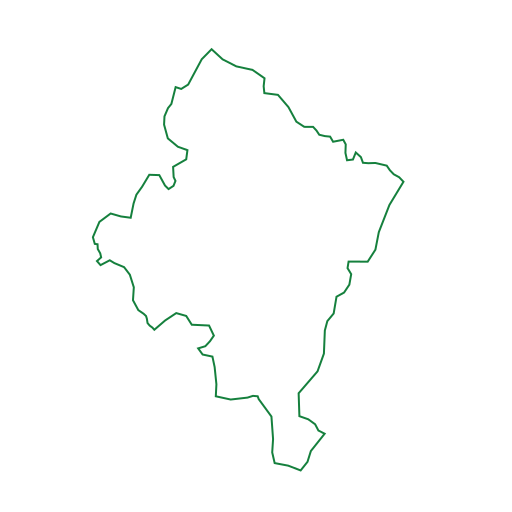 map outline of Stara Zagora (Mercator projection), rotated 38°
{"feature_id": "BGR-2233", "entity_name": "Stara Zagora", "entity_type": "Province", "adm_level": 1, "iso_a3": "BGR", "parent_name": "Bulgaria", "parent_adm1": "", "projection": "mercator", "projection_center": [25.503, 42.404], "detail": "fine", "context": "isolated", "style": "outline", "palette": "green", "viewbox_px": 512, "rotation_deg": 38, "n_neighbors": 0, "source": "natural_earth", "source_scale": "10m", "svg_char_len": 1717}
<svg xmlns="http://www.w3.org/2000/svg" viewBox="0 0 512 512"><g transform="rotate(38 256 256)"><path d="M127.2,218.0L114.1,217.6L102.7,209.1L97.9,202.3L95.6,193.6L95.7,188.3L88.7,172.4L94.2,170.4L97.0,162.7L92.1,134.3L93.7,120.4L108.6,121.6L123.7,118.7L138.7,111.5L153.3,110.7L157.5,117.5L162.3,122.5L174.1,115.5L189.9,118.7L205.1,125.3L214.5,124.5L221.5,119.1L226.4,119.9L231.2,121.5L236.5,119.1L240.9,116.3L246.4,118.5L253.2,110.7L258.0,112.8L263.0,119.7L268.8,124.5L273.0,120.3L270.9,113.0L277.8,113.5L282.9,116.7L287.4,113.7L292.8,109.2L303.4,104.3L308.7,106.0L314.2,106.8L320.3,105.8L326.5,106.7L329.7,133.6L338.1,161.6L346.2,177.5L347.5,191.7L332.4,203.4L335.6,209.2L342.2,211.7L347.2,221.1L347.9,230.6L344.5,238.5L352.6,253.5L352.3,263.4L356.1,272.3L369.6,291.1L375.5,309.0L374.1,337.9L388.8,355.5L397.7,352.5L406.2,352.2L412.6,355.1L419.5,353.8L419.3,375.9L423.3,386.5L423.2,397.5L410.4,401.4L398.2,407.7L389.7,400.8L382.2,389.8L367.0,373.0L346.2,367.1L343.7,365.5L339.7,368.1L336.5,372.8L324.4,384.7L310.7,391.3L303.8,381.5L291.8,369.0L283.6,362.1L274.6,366.5L267.3,364.4L271.6,358.3L272.2,351.5L271.8,344.7L261.8,339.7L247.7,349.7L237.9,346.2L228.3,350.1L224.1,362.7L221.3,376.7L218.4,376.2L215.1,376.3L211.8,375.6L208.6,372.6L206.3,371.0L203.0,370.7L196.6,371.1L186.3,366.6L179.0,355.9L168.1,348.4L158.9,346.0L148.7,348.8L143.4,349.4L139.1,358.9L133.8,357.9L134.8,352.4L131.6,349.8L127.0,347.9L123.9,344.3L121.5,345.7L115.9,341.6L111.6,325.5L115.3,312.0L125.2,308.0L133.7,303.0L127.2,290.0L124.0,281.3L123.6,271.6L121.9,257.7L130.0,251.8L140.9,256.5L145.9,257.1L147.8,251.5L146.3,246.4L142.5,244.5L135.8,236.8L141.5,222.8L136.8,214.8L127.2,218.0Z" fill="none" stroke="#15803d" stroke-width="2"/></g></svg>